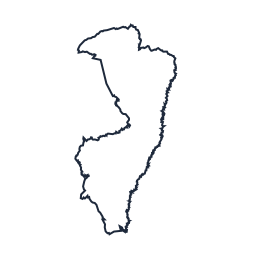 Valledupar, Cesar, Colombia, rotated 346°
{"feature_id": "7082276B67264617376503", "entity_name": "Valledupar", "entity_type": "district", "adm_level": 2, "iso_a3": "COL", "parent_name": "Colombia", "parent_adm1": "Cesar", "projection": "natural_earth1", "projection_center": [-73.4, 10.343], "detail": "fine", "context": "isolated", "style": "outline", "palette": "slate", "viewbox_px": 256, "rotation_deg": 346, "n_neighbors": 0, "source": "geoboundaries", "source_scale": "gbopen_adm2", "svg_char_len": 5918}
<svg xmlns="http://www.w3.org/2000/svg" viewBox="0 0 256 256"><g transform="rotate(346 128 128)"><path d="M107.2,32.5L101.3,36.2L98.9,39.0L98.3,40.1L99.1,40.9L98.3,42.9L101.6,43.1L102.6,42.7L104.6,43.9L106.5,44.0L109.0,46.9L109.9,47.0L110.8,48.2L113.2,48.3L114.2,49.2L113.8,50.0L112.8,50.1L110.8,51.8L117.9,55.3L117.8,79.7L121.0,93.3L122.2,93.1L122.0,93.7L124.0,95.1L125.9,98.1L125.5,99.2L124.7,98.7L123.7,99.3L123.6,98.6L122.8,100.0L122.1,100.0L121.6,101.3L122.4,101.5L121.9,103.1L122.9,103.5L122.8,104.1L123.9,105.4L125.0,108.1L124.8,109.7L125.9,112.2L126.8,113.2L129.1,114.0L131.3,118.8L130.9,120.4L128.6,122.3L129.2,124.6L130.1,124.8L130.6,125.9L129.6,127.0L128.9,125.4L128.1,125.4L126.9,126.2L127.2,127.3L125.7,126.8L124.6,127.1L123.8,128.3L123.1,128.1L122.4,128.5L121.8,127.1L120.2,128.6L118.7,128.9L118.7,130.3L117.0,130.4L115.6,128.8L114.8,130.3L113.9,129.9L111.8,130.3L107.2,128.6L105.7,129.2L105.4,130.0L104.9,129.2L103.5,130.3L102.0,129.5L100.6,129.9L99.3,129.3L98.8,130.0L97.0,130.3L97.2,131.2L96.7,132.2L95.6,132.6L93.1,131.1L91.2,130.8L90.4,129.7L90.6,128.5L89.9,128.1L89.1,129.2L87.6,129.6L86.4,129.4L84.7,130.5L82.5,126.5L82.0,127.7L82.2,130.5L81.4,131.0L80.1,134.0L78.1,133.8L76.7,134.7L75.7,136.7L75.9,138.1L73.6,140.1L72.7,141.8L71.2,142.2L71.2,142.9L70.3,143.2L69.5,145.1L70.4,147.4L71.5,147.3L71.4,148.1L72.0,148.8L71.2,149.5L71.5,150.0L72.7,150.1L72.1,151.4L73.0,152.2L72.3,152.8L72.9,155.0L72.2,157.1L73.1,159.4L72.1,159.7L71.7,161.9L72.3,162.7L72.8,162.4L73.6,164.6L73.9,164.0L74.8,164.5L75.1,163.4L75.7,164.1L77.4,163.8L77.2,164.5L79.1,164.8L77.0,165.4L75.8,166.4L74.1,167.1L72.7,169.1L70.3,173.8L70.4,176.9L71.2,178.3L66.5,181.1L65.2,184.7L66.7,185.8L68.2,184.7L68.7,185.8L69.4,185.9L72.3,184.0L72.3,185.7L73.6,185.6L73.5,187.3L74.6,190.4L75.6,191.7L77.6,192.7L78.8,194.9L79.3,201.7L80.5,203.3L81.9,207.9L81.7,208.8L83.1,211.1L81.1,210.7L82.4,215.9L81.4,218.8L81.3,222.8L82.1,224.3L82.8,225.2L84.1,225.2L84.3,226.6L89.4,225.1L96.3,226.1L96.2,221.3L98.2,223.2L98.1,224.4L98.6,225.2L98.0,225.8L98.5,226.8L98.0,227.4L98.8,226.8L99.4,227.5L99.4,226.7L99.8,226.8L100.0,226.4L100.5,226.7L100.1,227.5L101.0,228.1L101.2,227.7L101.2,228.3L101.6,228.4L102.4,226.4L101.7,225.9L101.8,223.6L102.7,223.7L102.5,223.2L103.0,223.2L103.2,222.2L104.1,222.1L104.4,221.6L104.0,221.6L103.9,220.9L104.4,221.1L104.6,220.2L106.0,220.4L106.5,219.3L106.1,218.9L106.3,218.3L106.8,218.2L106.2,217.9L106.7,216.1L106.5,215.4L106.3,215.8L105.9,215.6L106.0,214.8L105.6,214.2L106.7,212.2L106.4,211.5L106.8,210.3L106.2,209.1L106.6,209.0L106.3,208.1L107.0,207.2L107.9,207.9L107.9,207.5L108.6,207.6L109.2,207.0L109.3,205.6L110.1,205.4L109.9,204.2L110.4,203.4L110.1,203.3L110.4,202.7L110.1,202.0L111.8,200.5L111.5,199.6L112.0,199.5L111.6,199.2L111.9,199.2L111.9,198.2L112.6,197.6L113.2,195.2L113.7,195.3L113.5,194.4L114.4,193.8L114.0,193.6L115.0,192.4L114.7,191.6L115.0,191.5L114.9,190.9L115.8,191.3L115.4,190.7L116.1,189.7L117.0,190.2L117.3,190.9L118.2,190.8L119.0,189.4L119.7,190.1L121.3,189.6L120.9,189.0L121.7,188.2L121.0,188.2L121.3,187.4L121.8,187.4L121.7,186.0L123.6,185.2L123.3,184.5L123.8,183.5L123.9,182.5L123.5,182.2L123.9,181.4L125.0,180.5L126.6,180.0L127.8,177.9L128.2,178.3L128.8,177.8L129.1,178.2L129.8,176.7L130.5,176.3L130.6,177.0L131.4,177.0L132.9,176.1L133.3,176.2L134.8,173.4L135.6,173.5L136.2,171.5L136.8,170.9L137.4,171.0L137.0,170.2L137.9,169.6L138.4,169.8L138.3,168.8L138.9,169.0L138.6,168.4L139.3,167.8L138.4,167.8L138.5,166.7L139.6,165.5L140.0,164.3L140.5,164.3L141.0,162.8L141.7,163.2L141.8,161.9L142.5,162.1L142.7,160.9L142.7,161.8L143.9,161.6L143.9,160.2L144.4,160.2L145.3,158.8L145.8,159.2L146.1,158.9L146.0,158.3L145.2,158.5L145.3,157.9L146.1,157.8L146.7,156.5L147.2,157.3L147.8,155.7L148.7,155.8L149.1,154.3L150.1,154.1L150.1,153.4L151.8,153.5L152.1,152.7L153.2,152.8L153.6,152.0L154.3,152.6L154.7,151.0L155.4,150.5L155.1,149.6L157.7,147.1L157.8,145.5L158.6,145.7L159.7,144.3L159.6,143.7L159.0,143.8L159.0,142.9L157.9,143.0L157.6,142.5L158.9,141.7L159.4,140.5L160.6,140.7L161.3,139.3L160.3,138.4L160.6,137.5L159.9,136.6L161.2,136.7L162.0,135.5L163.4,134.9L162.3,134.6L161.7,133.5L163.3,130.7L161.8,130.2L162.5,129.0L162.1,128.0L162.4,127.6L162.9,128.1L164.3,128.1L164.5,127.3L163.6,127.8L163.0,126.8L164.8,125.1L164.8,123.8L166.0,124.2L166.8,123.0L166.4,121.8L165.7,122.4L165.2,122.2L165.7,120.7L164.8,119.7L165.6,119.6L166.3,118.4L167.4,118.8L167.3,117.0L167.9,117.5L168.8,117.1L168.0,116.2L169.2,115.4L169.3,113.6L169.8,114.3L171.4,112.8L171.2,111.3L172.7,110.6L172.7,108.8L172.1,107.9L174.1,106.5L173.4,104.4L173.9,104.3L174.3,103.0L175.3,103.1L174.5,101.6L176.3,100.9L175.7,100.3L175.7,99.5L176.9,100.3L176.7,99.5L177.5,99.5L177.6,98.4L179.5,98.1L179.6,97.0L179.0,97.1L178.7,96.4L179.7,96.2L179.7,95.3L180.4,95.3L180.7,92.2L181.6,91.9L182.4,93.1L183.0,92.8L183.0,91.9L184.0,91.6L184.3,90.4L185.1,90.1L185.6,90.5L186.4,88.7L187.1,88.4L187.0,87.4L187.6,86.9L187.1,86.6L186.6,85.4L186.8,83.2L188.0,83.2L187.8,82.8L188.6,82.3L188.6,81.1L189.1,81.2L189.3,79.6L189.0,78.6L189.3,78.2L188.6,77.2L189.0,76.4L188.7,75.9L189.1,74.3L190.8,71.9L189.8,70.5L189.7,69.2L189.0,69.1L187.5,67.5L186.4,67.2L186.1,66.4L184.9,65.9L184.3,63.3L180.9,62.5L180.0,61.8L180.0,61.0L178.7,60.5L176.6,57.8L174.6,58.3L174.1,58.9L172.7,58.3L169.7,58.8L169.1,58.5L168.3,56.6L167.9,53.8L166.9,53.2L164.6,54.2L163.0,54.4L162.4,53.6L159.8,53.4L158.7,54.5L157.6,54.7L158.2,53.0L157.9,52.3L158.9,51.1L158.7,50.7L159.3,50.0L159.1,49.5L159.8,49.5L161.8,46.2L161.8,45.1L161.0,44.7L161.1,44.0L160.6,43.4L162.0,39.7L161.2,38.9L161.8,38.1L161.2,35.2L159.8,34.6L159.4,33.0L159.7,31.8L157.6,31.3L157.3,29.6L156.4,29.6L155.7,28.6L154.8,29.9L154.0,29.9L151.9,31.7L149.8,29.4L148.7,29.4L147.8,28.6L141.9,29.4L141.1,28.7L140.1,29.1L138.6,27.6L131.4,28.0L128.0,27.6L126.9,28.1L126.3,27.6L124.5,27.7L122.0,29.5L121.0,29.2L117.8,31.4L115.7,31.2L113.8,31.9L110.9,31.5L108.9,32.4L107.2,32.5Z" fill="none" stroke="#1e293b" stroke-width="2"/></g></svg>